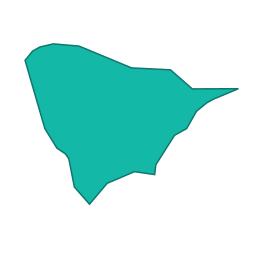 outline of Rogaška Slatina, rotated 4°
{"feature_id": "SVN-982", "entity_name": "Rogaška Slatina", "entity_type": "Municipality", "adm_level": 1, "iso_a3": "SVN", "parent_name": "Slovenia", "parent_adm1": "", "projection": "albers", "projection_center": [15.648, 46.24], "detail": "fine", "context": "isolated", "style": "filled", "palette": "teal", "viewbox_px": 256, "rotation_deg": 4, "n_neighbors": 0, "source": "natural_earth", "source_scale": "10m", "svg_char_len": 470}
<svg xmlns="http://www.w3.org/2000/svg" viewBox="0 0 256 256"><g transform="rotate(4 128 128)"><path d="M157.9,172.6L137.5,171.1L111.1,184.6L94.9,206.7L94.3,206.1L78.6,190.6L71.1,162.8L67.3,158.1L58.5,153.1L45.1,134.4L20.6,67.7L27.4,58.0L34.3,53.4L47.6,49.3L73.4,49.7L127.3,67.8L166.3,67.0L189.4,84.5L235.4,81.1L211.5,93.1L204.8,97.4L195.1,106.6L186.6,124.4L174.9,132.1L158.3,162.8L157.9,172.1L157.9,172.6Z" fill="#14b8a6" stroke="#0f766e" stroke-width="1.5"/></g></svg>